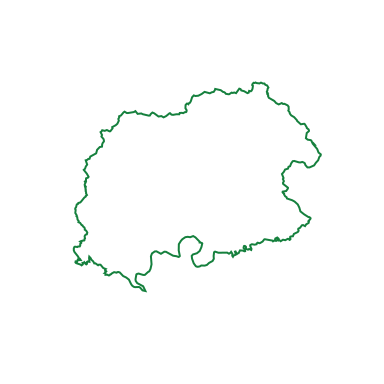 Qhoasing, Mohale's Hoek, Lesotho, rotated 41°
{"feature_id": "5366337B8464119840521", "entity_name": "Qhoasing", "entity_type": "district", "adm_level": 2, "iso_a3": "LSO", "parent_name": "Lesotho", "parent_adm1": "Mohale's Hoek", "projection": "mercator", "projection_center": [27.882, -30.022], "detail": "fine", "context": "isolated", "style": "outline", "palette": "green", "viewbox_px": 384, "rotation_deg": 41, "n_neighbors": 0, "source": "geoboundaries", "source_scale": "gbopen_adm2", "svg_char_len": 6025}
<svg xmlns="http://www.w3.org/2000/svg" viewBox="0 0 384 384"><g transform="rotate(41 192 192)"><path d="M221.8,297.3L217.0,295.2L210.4,296.7L207.8,296.0L206.6,294.9L204.1,290.7L204.3,289.9L205.2,288.6L209.6,286.6L210.8,285.5L211.3,281.3L211.8,279.9L211.1,277.2L208.9,273.1L203.2,267.5L202.1,264.6L202.9,261.3L204.1,260.1L209.1,259.0L210.3,255.2L211.6,254.2L219.5,252.5L222.5,250.6L224.4,249.9L224.8,249.2L224.8,248.3L220.3,244.8L216.3,240.0L215.7,236.2L215.7,234.0L216.6,230.5L218.2,228.6L220.3,227.3L221.8,224.5L224.3,224.0L230.6,224.5L230.9,225.1L232.8,224.0L233.5,224.1L235.3,227.5L236.5,231.5L235.9,235.0L233.7,238.5L233.7,240.4L235.8,242.3L240.1,244.7L243.6,245.5L245.0,245.0L245.9,244.1L246.7,243.0L247.2,241.4L249.9,239.2L251.1,237.3L251.4,234.3L252.8,230.6L252.3,228.1L250.3,226.1L248.2,223.0L248.5,221.9L251.8,220.5L258.3,214.7L260.4,214.3L260.9,212.5L260.8,211.5L262.9,212.1L264.2,213.7L265.4,214.0L265.1,212.4L265.9,211.2L265.8,210.2L263.6,208.8L263.9,208.3L266.6,209.4L266.8,208.2L267.3,207.6L266.5,204.6L268.9,202.8L270.4,202.4L270.9,201.8L269.9,200.8L267.6,200.4L266.7,198.8L266.8,198.4L267.7,197.9L268.7,198.0L269.9,199.4L270.6,199.3L272.1,198.8L272.5,197.5L274.7,196.9L274.2,195.9L271.2,194.5L270.8,193.7L271.5,192.1L273.8,190.7L275.0,189.1L274.6,188.3L274.8,187.2L276.5,186.4L276.9,185.8L277.8,183.0L277.6,180.5L277.9,179.9L284.6,175.9L285.5,176.1L285.9,174.8L287.1,174.0L285.7,173.1L285.4,172.4L286.2,170.4L287.6,170.4L287.4,171.6L288.2,172.4L288.9,172.1L288.8,171.0L291.2,171.0L292.0,168.3L294.0,167.2L295.0,164.5L296.1,163.8L297.0,164.2L297.2,163.9L297.2,162.9L295.9,162.0L295.5,161.3L296.0,160.4L297.2,159.2L296.4,156.8L298.1,152.8L297.9,151.3L296.6,150.5L296.3,149.9L297.0,148.2L296.8,145.0L297.5,144.1L299.7,143.6L299.4,141.5L300.3,138.9L299.7,137.7L299.0,137.7L298.9,137.4L299.1,135.0L298.7,134.0L297.2,133.9L296.5,134.5L291.2,135.3L286.5,135.5L283.3,133.4L280.0,132.0L275.7,131.9L273.0,132.5L267.9,134.6L266.8,133.9L265.1,134.1L263.0,133.4L262.6,132.8L261.4,133.0L260.4,132.7L260.2,132.2L262.4,129.5L262.1,126.5L261.6,125.8L255.5,126.1L254.7,125.5L254.2,123.5L252.1,122.6L251.9,121.4L248.1,119.4L248.1,116.5L247.5,114.0L249.1,111.4L248.3,109.6L249.1,108.2L248.1,105.4L247.8,102.7L248.8,101.5L253.4,99.4L254.5,98.5L255.5,97.0L256.8,96.5L258.2,96.3L260.0,97.3L263.0,97.7L264.6,96.3L266.7,91.8L266.3,88.7L266.4,85.3L265.1,82.0L265.2,80.2L264.5,79.1L261.6,79.2L258.2,77.4L252.5,76.5L253.4,75.8L250.9,75.5L250.0,75.7L248.3,74.9L247.5,75.0L245.0,76.6L242.7,76.7L239.9,72.2L240.3,69.4L239.9,68.8L238.9,68.3L236.7,68.4L236.3,68.0L232.7,66.8L231.9,66.9L229.7,69.5L224.7,69.4L224.1,69.0L220.0,68.5L216.6,69.1L214.3,68.6L213.4,67.8L211.3,67.4L210.8,66.2L208.9,64.2L207.3,63.9L203.9,64.8L203.0,65.8L201.4,66.0L200.0,69.0L197.2,69.7L194.4,69.3L188.2,70.5L186.4,69.7L186.1,69.0L185.4,68.7L184.8,68.8L184.3,68.5L184.4,67.7L183.0,67.5L182.5,67.0L182.4,66.1L181.3,64.4L181.2,63.1L178.8,62.3L177.0,63.0L175.5,62.6L174.4,63.6L172.3,64.2L171.7,65.8L169.3,67.4L168.1,67.7L167.8,68.6L166.8,69.2L166.9,71.2L167.4,71.9L168.3,71.9L168.8,72.6L170.0,74.5L170.5,76.4L170.3,77.4L168.8,78.2L169.6,79.8L169.0,81.0L165.3,81.7L162.6,83.0L161.1,82.5L159.9,83.0L160.4,88.5L158.6,89.2L157.8,90.5L156.7,91.0L155.9,93.8L155.4,94.3L153.1,95.7L151.8,95.4L150.6,95.6L149.8,96.1L146.9,96.3L141.9,99.0L142.4,100.0L142.7,102.2L141.5,103.8L140.7,105.8L135.8,108.2L135.0,111.7L133.6,115.2L131.5,117.4L130.0,117.9L129.9,120.4L131.5,124.1L131.9,126.0L131.4,127.2L131.7,128.1L130.7,128.2L130.1,128.7L130.1,130.6L132.1,133.1L134.3,133.8L135.1,135.0L135.1,135.6L134.2,136.5L133.6,138.3L132.4,138.9L130.9,140.4L131.4,141.7L129.1,143.7L127.1,146.2L125.7,147.1L123.8,146.9L123.4,147.3L122.7,151.6L121.6,154.3L119.1,154.8L117.2,157.0L111.8,157.4L110.0,158.0L109.7,160.1L110.0,162.0L109.3,162.7L103.8,165.6L102.2,166.0L99.7,168.7L96.2,168.1L95.7,169.8L91.8,174.5L90.9,175.2L88.4,175.6L88.1,176.9L88.2,180.8L87.3,182.7L88.1,183.3L88.5,185.2L90.0,186.2L90.9,189.5L90.6,191.7L89.2,195.4L90.3,196.1L90.5,199.7L90.0,200.3L87.1,201.1L86.0,203.1L83.7,204.3L84.0,205.5L83.7,206.8L86.7,208.0L87.3,209.6L90.3,210.0L91.5,210.7L92.4,211.7L92.4,213.3L92.9,214.9L94.3,216.8L92.9,218.6L92.7,222.4L94.3,225.7L92.0,232.0L92.9,234.2L92.0,235.1L91.9,236.4L91.0,237.8L94.9,240.1L95.1,242.4L96.0,244.6L95.8,246.3L100.7,247.2L104.0,248.4L104.1,249.3L103.1,251.2L104.8,253.4L104.8,253.8L104.3,254.1L104.3,254.5L105.0,254.7L105.4,254.4L106.1,256.8L107.4,257.9L107.7,257.5L108.4,257.7L108.4,258.5L109.2,258.8L109.5,259.6L110.6,260.1L110.6,260.5L111.4,261.3L112.1,261.5L113.0,262.6L114.7,263.2L114.4,264.7L114.8,265.1L114.4,266.9L114.6,272.2L114.4,273.5L113.4,274.8L113.8,275.6L113.2,277.0L114.5,279.6L114.6,280.9L115.3,281.7L115.9,281.8L117.7,284.4L120.4,285.3L120.7,286.1L121.8,286.2L123.7,287.9L125.6,288.3L126.1,289.3L127.8,288.7L130.5,289.4L131.1,289.0L132.5,289.5L134.1,289.4L135.0,289.9L135.8,290.8L137.5,290.6L139.6,291.3L140.4,292.9L139.9,293.5L139.7,295.1L140.2,296.1L141.7,297.2L141.7,298.0L142.4,298.8L142.4,299.4L141.5,300.2L141.1,301.3L140.6,301.5L140.1,302.8L141.5,302.7L141.9,303.2L141.7,304.5L142.8,305.8L143.0,306.7L141.7,308.0L141.6,308.7L139.6,310.0L139.3,310.5L139.7,312.0L141.1,313.6L142.7,314.4L148.6,315.5L149.4,316.1L151.2,316.0L152.6,316.4L151.5,317.2L151.4,317.7L150.2,318.1L150.9,319.8L149.7,320.7L150.2,321.6L151.2,321.7L155.5,319.9L156.8,319.8L157.1,318.3L156.0,317.4L156.5,317.0L156.7,315.8L157.2,316.1L158.0,315.6L158.7,316.1L159.7,316.0L159.9,315.4L159.2,314.1L158.6,313.8L158.8,312.9L160.4,312.0L157.6,309.3L156.9,308.2L158.9,308.4L160.5,309.1L163.0,309.2L165.1,310.0L165.9,309.2L169.2,308.9L169.4,307.9L170.7,306.9L174.9,307.6L177.4,306.7L177.3,307.6L178.1,308.4L178.6,308.0L179.4,308.1L179.3,310.3L179.8,309.9L181.0,311.3L182.3,310.0L183.9,309.6L184.4,309.0L184.4,307.7L184.9,307.1L184.9,306.0L185.8,303.6L188.1,302.3L188.2,301.5L188.9,300.7L190.3,300.1L195.2,300.6L198.4,299.7L201.9,299.5L206.3,301.4L208.1,301.9L210.1,301.8L211.4,301.2L214.3,298.5L215.7,298.2L219.2,298.7L221.8,297.3Z" fill="none" stroke="#15803d" stroke-width="2"/></g></svg>